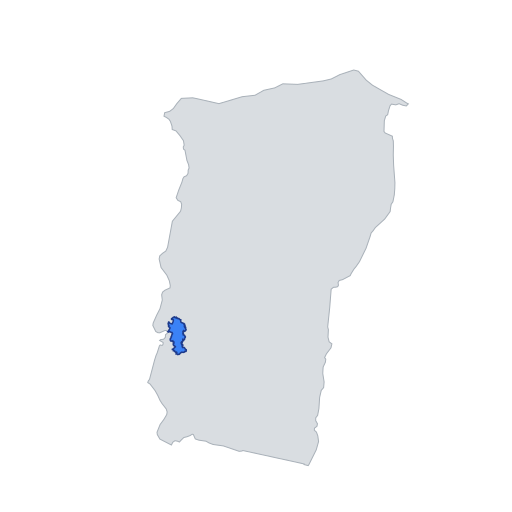 Yendi Municipal, Northern, Ghana shown in context, rotated 193°
{"feature_id": "2480657B94460481801793", "entity_name": "Yendi Municipal", "entity_type": "district", "adm_level": 2, "iso_a3": "GHA", "parent_name": "Ghana", "parent_adm1": "Northern", "projection": "natural_earth1", "projection_center": [0.075, 9.473], "detail": "fine", "context": "in_parent", "style": "filled", "palette": "blue", "viewbox_px": 512, "rotation_deg": 193, "n_neighbors": 0, "source": "geoboundaries", "source_scale": "gbopen_adm2", "svg_char_len": 7425}
<svg xmlns="http://www.w3.org/2000/svg" viewBox="0 0 512 512"><g transform="rotate(193 256 256)"><path d="M308.5,56.0L312.0,59.8L312.8,62.0L311.5,70.3L309.0,76.0L307.3,81.4L307.5,84.1L309.1,86.8L314.4,91.1L317.1,93.8L320.3,98.0L324.0,102.1L330.4,107.4L333.0,108.3L332.9,109.8L332.0,111.9L331.4,131.6L331.0,136.7L330.5,139.3L329.9,146.7L329.3,147.8L328.1,147.7L327.0,148.0L326.7,149.4L327.1,150.9L330.9,152.0L330.1,153.1L327.3,154.1L326.0,156.4L326.5,158.9L325.0,160.9L325.4,162.3L326.4,163.3L328.0,162.9L332.5,159.5L334.4,159.2L336.7,159.9L340.9,165.1L341.1,167.6L339.4,176.3L337.7,183.0L337.4,192.0L339.2,197.0L338.9,199.8L337.0,202.2L332.6,205.6L332.9,208.0L334.9,212.4L338.6,217.3L345.9,223.4L349.7,231.3L349.8,234.5L347.6,237.7L345.0,240.5L344.1,244.6L345.3,271.1L339.6,282.6L339.5,285.9L340.1,289.7L341.6,292.0L344.6,292.6L346.9,294.8L346.1,302.9L344.8,311.2L344.6,315.1L343.9,317.0L341.7,318.6L340.8,321.2L341.4,324.4L341.0,326.7L342.2,329.8L344.8,333.6L349.0,343.1L350.7,343.9L351.4,345.9L350.9,347.8L352.6,352.0L357.2,356.2L362.1,359.9L366.1,360.4L367.1,363.7L369.7,367.9L371.6,369.7L374.6,370.9L377.1,371.5L377.2,375.1L372.7,377.5L369.7,381.1L367.4,386.7L364.2,392.8L353.2,395.9L349.0,396.0L326.4,396.1L305.3,408.1L293.1,412.4L285.7,419.2L275.6,424.0L268.6,429.8L254.0,432.6L230.0,441.7L222.5,445.4L215.0,451.7L202.6,459.2L197.8,459.1L188.1,452.1L180.9,448.6L163.2,443.3L149.9,441.2L143.5,438.9L141.8,438.5L143.3,436.0L147.0,435.9L150.8,436.6L153.8,434.7L158.1,434.5L159.2,432.5L159.6,427.4L159.5,423.3L161.1,421.5L161.4,416.7L159.3,406.1L157.8,404.9L150.1,403.4L149.5,401.3L148.1,399.0L146.7,393.6L145.0,385.4L142.3,375.3L137.1,358.6L135.9,352.7L135.0,346.7L134.8,339.6L135.9,336.9L135.7,333.2L135.3,329.5L138.9,321.0L146.1,310.6L147.6,306.9L149.0,304.3L149.2,300.6L150.5,288.4L153.9,273.8L156.1,268.3L157.6,265.3L159.3,260.4L159.8,258.1L166.4,252.4L169.4,250.9L170.1,248.6L169.1,246.1L169.5,244.5L171.1,243.6L173.5,242.9L175.3,240.6L172.6,222.5L170.4,204.6L170.2,203.0L168.9,200.5L167.6,193.1L165.4,188.8L162.3,187.5L162.3,183.4L165.4,176.5L166.3,172.4L164.8,171.2L164.5,168.1L165.6,163.0L165.1,159.8L164.5,156.5L161.3,148.6L160.5,143.0L162.2,139.8L162.2,132.6L160.4,121.6L160.1,114.6L161.4,111.8L160.8,109.0L158.4,106.4L158.3,103.8L160.3,101.4L160.0,99.4L157.5,98.0L155.3,94.6L153.3,89.3L153.7,80.7L157.5,64.8L158.0,63.5L162.3,63.6L162.3,64.2L175.5,64.1L190.6,63.9L208.7,63.7L225.1,63.5L225.8,62.8L228.5,61.9L245.1,63.6L255.4,62.7L259.8,63.3L263.0,64.3L270.2,63.7L274.0,64.1L276.9,68.0L278.1,68.0L279.7,66.3L282.5,64.4L285.5,62.9L287.5,59.8L288.8,57.5L290.7,57.9L293.4,57.8L295.2,55.8L295.9,52.8L308.5,56.0Z" fill="#d9dde1" stroke="#a8b0b8" stroke-width="1"/><path d="M310.9,142.5L310.7,142.5L310.5,142.4L310.3,142.5L310.1,142.4L310.0,142.5L309.9,142.5L309.7,142.7L309.4,142.7L309.2,142.7L308.9,142.8L308.6,143.0L308.5,143.3L308.4,143.4L308.2,143.6L308.0,144.3L307.7,144.6L307.6,144.8L306.6,145.4L306.6,145.6L306.0,145.6L305.7,145.7L304.8,145.8L304.3,146.2L304.1,146.9L303.9,147.1L303.7,147.0L303.6,146.9L303.4,147.2L302.7,147.4L302.7,148.0L302.7,148.5L302.9,149.0L303.9,149.3L304.6,150.1L305.2,150.5L305.6,150.7L306.6,150.4L306.8,150.5L306.9,150.4L307.1,150.6L307.4,150.8L307.5,151.0L307.4,151.3L307.4,151.6L307.3,151.8L307.7,151.8L307.8,151.9L307.8,152.0L307.7,152.1L307.6,152.5L308.0,152.8L308.3,153.0L308.2,153.1L308.3,153.1L308.5,153.1L308.5,153.7L308.5,153.8L308.9,153.9L309.0,154.1L308.8,154.3L309.1,154.5L309.4,154.5L309.4,154.9L309.2,155.0L309.1,155.3L309.1,155.6L308.9,155.6L308.9,155.2L308.7,155.1L308.6,155.3L308.5,155.6L308.4,155.6L308.4,155.8L308.5,156.0L308.4,156.2L308.3,156.3L308.2,156.5L308.3,156.9L308.4,157.5L308.3,157.4L308.0,157.4L307.9,157.1L307.6,157.3L307.7,157.6L307.9,158.0L307.7,158.1L307.5,158.3L307.1,158.4L307.0,158.6L306.9,158.7L306.9,158.9L307.1,159.0L307.3,159.1L307.1,159.8L306.7,160.5L306.6,161.0L306.6,161.3L306.8,161.5L307.1,161.5L307.3,161.8L307.3,162.0L307.7,162.6L308.0,162.7L308.6,162.8L309.1,162.7L309.2,162.8L309.2,163.0L309.0,163.4L309.1,163.6L309.4,163.7L309.3,164.0L309.5,164.2L309.8,164.2L309.8,164.5L309.8,165.0L310.0,165.2L310.1,165.4L309.8,165.6L310.0,165.8L310.1,166.0L310.0,166.6L309.7,166.7L309.6,167.0L309.3,166.8L309.2,166.9L308.7,166.6L308.1,167.0L307.9,167.4L307.5,168.4L307.7,168.6L307.8,168.6L308.0,169.0L308.4,169.3L308.3,169.6L308.2,169.6L308.3,170.0L308.5,170.2L308.8,170.3L308.7,170.5L308.6,170.8L309.1,171.2L309.3,171.2L309.3,170.9L309.6,171.0L309.8,170.9L309.9,171.0L309.9,171.4L310.0,171.7L309.5,172.0L309.5,172.3L309.7,172.5L309.8,172.5L310.0,172.4L310.5,172.8L310.6,173.0L310.4,173.2L310.2,173.4L310.3,173.6L310.5,173.7L310.6,174.0L310.6,173.9L310.8,174.0L311.4,173.9L311.7,174.1L311.9,174.1L312.0,174.2L312.4,174.3L313.0,174.2L313.6,174.5L314.1,174.5L314.3,174.8L314.6,175.2L314.9,176.5L315.0,177.0L316.0,176.9L316.2,177.0L316.9,177.7L317.2,177.7L317.4,177.5L317.5,177.5L317.8,177.6L318.0,177.4L318.2,177.5L318.6,177.6L318.8,177.9L319.1,178.1L319.3,178.1L319.5,177.9L319.6,178.0L319.6,177.9L319.8,178.0L320.0,177.8L320.5,178.0L320.5,177.9L320.7,178.0L320.9,177.9L321.1,177.9L321.1,178.0L321.3,178.0L321.4,177.9L321.6,178.0L321.8,178.3L322.2,178.0L322.7,177.8L323.0,177.4L323.4,176.7L323.7,176.4L324.1,176.1L324.2,175.8L324.2,175.5L323.9,175.2L323.4,175.2L323.0,175.5L322.7,175.5L322.4,175.4L322.1,175.0L322.0,174.4L322.0,173.2L322.1,172.7L322.4,171.0L322.5,170.9L322.9,171.0L324.1,171.0L325.0,171.2L325.5,171.3L325.6,171.5L325.7,171.9L325.8,172.0L326.1,172.1L326.3,172.0L326.3,171.4L326.4,170.9L326.4,170.2L326.2,170.1L325.9,169.8L325.9,169.5L325.9,169.1L325.2,168.6L325.1,168.4L325.2,168.2L325.4,168.0L325.4,167.7L324.7,167.2L324.4,167.0L323.8,166.9L323.7,166.5L323.6,166.0L324.1,164.5L324.2,164.1L324.1,163.6L324.4,163.1L324.9,162.7L324.6,162.5L324.6,162.4L324.4,162.2L324.0,162.2L323.8,162.6L323.5,162.7L323.4,162.9L323.1,163.0L323.0,162.9L322.8,162.9L322.6,162.8L322.4,162.8L322.3,162.7L322.2,162.7L321.9,162.6L321.6,162.6L321.4,162.5L321.2,162.4L321.1,162.5L320.9,162.4L320.7,162.5L320.6,162.3L320.4,162.3L320.3,162.1L320.2,162.0L320.0,161.8L319.8,161.5L319.8,161.2L320.2,160.6L320.2,160.3L320.3,160.0L320.3,159.4L320.2,159.1L320.4,158.6L320.3,158.3L320.5,158.2L320.4,157.5L320.5,157.1L320.5,156.8L320.8,156.5L320.9,156.0L320.9,155.6L320.8,155.3L320.4,154.8L320.4,154.5L320.2,154.5L320.2,154.4L320.1,154.2L319.8,154.0L319.7,154.0L319.6,153.9L319.0,154.2L318.9,154.2L318.3,154.5L318.3,154.3L318.3,154.1L317.9,153.9L317.8,153.7L317.6,153.7L317.4,153.8L317.2,154.0L317.0,153.8L316.9,153.7L316.7,153.8L316.6,153.7L316.5,153.4L316.5,152.8L316.5,152.6L316.4,152.4L316.6,152.1L316.6,151.9L316.8,152.0L316.9,151.9L316.8,151.6L316.7,151.5L316.8,151.4L316.6,151.0L316.5,150.9L316.4,150.6L316.1,150.5L315.9,150.3L315.5,150.3L315.4,150.2L315.2,150.0L315.2,149.9L314.8,149.9L314.7,149.7L314.3,149.6L314.2,149.5L314.1,149.4L315.7,147.0L316.4,146.4L316.2,146.3L316.2,146.2L315.9,146.3L315.8,146.2L315.7,146.2L315.4,146.1L315.3,145.9L315.2,146.0L315.3,145.9L315.1,145.8L315.1,145.7L314.9,145.7L314.8,145.4L314.7,145.4L314.4,145.3L314.5,145.2L314.4,145.2L314.2,145.1L314.1,144.8L314.0,144.7L313.9,144.7L313.7,144.7L313.3,144.5L313.2,144.5L313.1,144.4L313.0,144.2L313.0,144.3L312.9,144.2L312.6,144.1L312.4,144.1L312.3,143.9L312.2,144.0L312.2,143.9L311.9,143.7L311.8,143.4L311.7,143.4L311.7,143.2L311.6,143.3L311.6,143.2L311.5,143.3L311.5,143.2L311.4,143.1L311.2,142.9L310.9,142.5L310.9,142.5Z" fill="#3b82f6" stroke="#1e3a8a" stroke-width="1.5"/></g></svg>